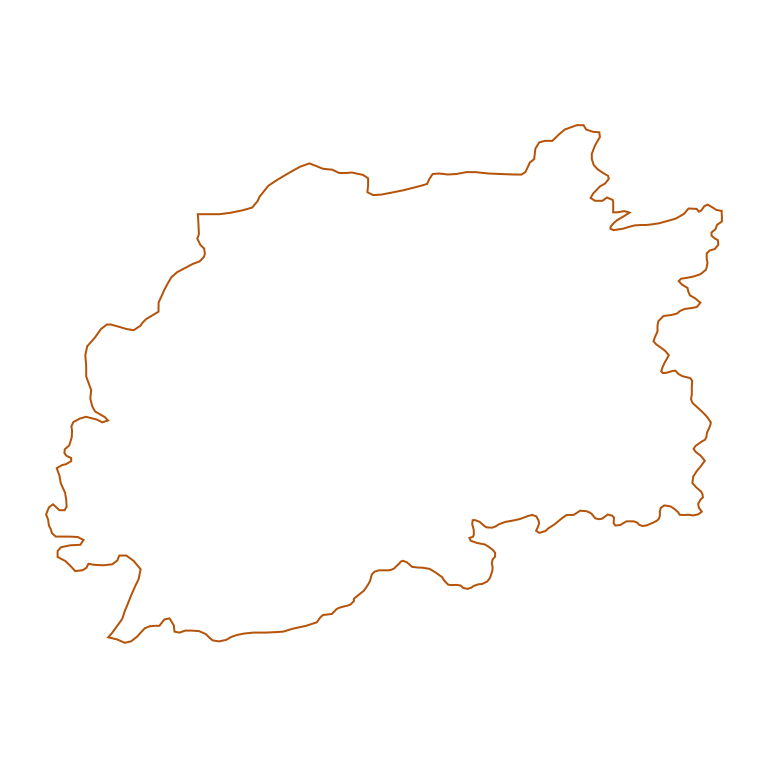 Pyetrykaw, Gomel, Belarus
{"feature_id": "67162791B78152292733501", "entity_name": "Pyetrykaw", "entity_type": "district", "adm_level": 2, "iso_a3": "BLR", "parent_name": "Belarus", "parent_adm1": "Gomel", "projection": "equal_earth", "projection_center": [28.643, 52.294], "detail": "fine", "context": "isolated", "style": "outline", "palette": "amber", "viewbox_px": 768, "rotation_deg": 0, "n_neighbors": 0, "source": "geoboundaries", "source_scale": "gbopen_adm2", "svg_char_len": 5734}
<svg xmlns="http://www.w3.org/2000/svg" viewBox="0 0 768 768"><path d="M331.8,614.0L333.0,612.7L336.6,609.1L338.9,607.9L342.8,606.7L347.4,605.7L350.5,604.5L353.9,601.1L353.9,598.7L360.1,593.7L363.7,590.9L366.0,587.7L368.1,584.5L370.1,580.9L370.9,577.7L371.9,574.3L374.5,571.7L378.9,570.3L383.0,570.3L388.7,570.3L391.5,569.7L394.4,568.3L396.4,566.1L399.0,563.8L400.8,561.6L402.9,560.8L406.7,562.2L409.6,564.6L412.2,566.9L417.8,567.5L422.5,567.7L429.7,568.9L435.9,572.7L442.3,577.3L444.1,580.5L448.2,584.7L451.3,585.1L456.5,584.9L460.6,585.5L463.2,587.9L467.3,588.9L471.2,587.7L473.8,585.9L478.4,584.3L482.3,583.9L487.2,581.5L490.0,577.9L491.0,574.7L492.3,571.1L492.6,566.9L491.8,563.4L492.6,559.4L495.1,556.6L495.1,552.8L493.1,550.2L489.2,547.2L485.0,544.5L477.1,543.0L470.7,540.7L469.4,538.0L473.0,536.7L473.8,534.7L473.8,530.5L473.2,527.7L472.2,524.2L472.7,520.1L475.1,520.1L479.7,521.9L484.0,525.7L486.3,527.3L492.1,527.7L495.4,526.5L498.9,524.3L505.0,522.0L513.7,520.4L520.0,519.0L523.8,517.6L528.4,515.9L532.2,514.9L536.3,516.4L538.6,520.5L539.1,523.7L537.5,527.8L536.1,530.8L539.3,532.9L545.5,531.0L548.2,528.4L554.6,524.3L558.7,520.9L562.8,517.6L566.6,515.0L573.7,514.9L580.1,510.7L586.4,511.2L589.9,512.6L591.9,514.1L594.0,516.8L595.3,518.3L598.6,519.2L602.1,518.7L604.9,516.6L607.7,514.5L612.3,515.7L614.0,517.7L613.6,523.3L615.4,525.5L620.4,525.0L622.9,523.4L626.5,521.3L630.1,521.3L634.1,521.4L637.4,522.8L639.2,524.8L642.5,526.0L646.6,525.4L650.4,523.8L653.7,522.4L657.3,520.4L659.0,518.5L659.9,515.7L659.8,511.6L660.8,507.8L664.4,505.4L670.5,506.4L674.4,508.9L678.1,512.2L679.7,514.8L683.4,515.0L688.6,514.8L692.9,515.4L696.4,514.7L698.2,514.4L701.8,511.7L698.9,507.7L698.1,504.0L700.5,499.6L702.9,497.4L702.5,494.3L701.3,491.8L696.1,487.2L692.4,483.1L693.2,476.6L696.8,471.0L700.0,467.3L704.8,460.8L700.8,455.8L695.6,451.8L693.6,448.9L695.5,445.9L698.7,443.7L701.8,441.5L704.9,439.8L706.4,437.2L706.6,435.0L706.9,433.1L707.5,431.5L709.0,428.4L710.3,425.2L710.8,422.3L709.2,420.0L706.7,416.4L701.9,411.5L697.5,407.5L692.6,403.1L691.0,399.1L691.8,394.5L691.8,386.7L692.2,380.8L690.2,378.1L682.5,376.2L678.5,374.0L675.3,370.6L672.5,371.0L666.4,372.8L662.8,373.1L661.2,371.3L662.8,366.6L664.8,362.3L666.8,358.9L668.8,355.2L665.2,350.9L660.7,347.5L656.3,344.4L653.5,341.3L655.1,336.7L657.5,331.4L657.5,325.8L658.3,321.2L663.5,316.0L671.5,315.0L677.1,313.5L679.9,311.0L684.8,308.9L692.0,308.0L696.8,307.0L700.4,302.7L695.2,298.4L689.9,295.3L688.3,291.6L687.5,287.9L681.9,284.5L678.7,281.1L681.1,278.7L687.1,277.8L693.5,276.5L699.9,274.4L702.3,272.8L705.9,269.7L706.7,267.3L707.5,262.7L706.7,259.0L706.7,253.4L709.9,250.4L714.7,249.1L718.3,244.8L717.9,240.2L714.7,238.4L711.5,235.6L711.5,232.5L715.5,229.1L717.1,224.8L721.9,221.5L721.9,216.5L721.6,210.8L721.2,210.9L716.3,209.9L711.7,206.9L707.6,204.6L704.3,206.2L701.4,210.3L698.9,211.7L696.6,208.9L688.5,208.5L684.1,213.8L676.0,218.5L668.6,220.7L663.2,222.1L659.1,223.3L650.1,224.6L645.7,225.0L640.9,225.0L634.7,225.4L628.5,227.0L623.4,228.6L617.0,229.6L613.6,230.1L610.5,228.8L610.5,226.8L613.9,222.9L617.2,220.1L623.9,216.2L629.5,212.6L624.4,211.1L617.6,212.3L613.2,212.3L613.2,208.5L613.2,202.3L612.6,199.9L606.9,197.5L602.5,200.8L595.0,200.8L590.6,197.9L593.1,193.6L600.0,186.4L605.0,183.6L608.8,178.8L608.1,175.9L603.1,173.0L597.5,169.2L593.7,164.9L591.8,159.1L591.8,153.9L594.9,145.7L596.2,143.3L599.9,137.1L599.3,132.3L593.0,131.8L586.1,129.5L583.6,125.2L576.7,125.2L564.8,129.5L559.2,134.2L552.3,140.9L544.8,140.9L539.2,142.4L535.4,148.6L534.8,153.4L534.2,159.1L529.8,162.5L527.9,166.8L525.4,172.1L521.6,174.5L513.5,174.5L500.3,174.0L488.4,173.5L475.2,172.1L466.5,172.1L456.4,174.0L447.7,174.5L439.5,173.5L432.6,174.0L429.5,178.8L427.0,184.0L420.1,186.0L412.6,187.9L403.2,190.3L391.2,192.7L381.2,194.6L373.1,195.1L367.4,192.2L368.1,185.5L368.1,178.3L363.0,174.9L351.8,172.5L346.1,173.0L339.2,173.0L332.3,169.7L323.0,168.8L315.9,165.9L309.3,163.4L309.2,163.5L299.9,166.8L288.8,173.0L277.6,179.6L268.3,185.8L259.6,196.7L257.7,200.9L252.2,207.6L242.2,210.4L230.4,212.8L219.3,214.2L208.1,214.2L197.8,214.2L198.1,217.5L198.5,225.5L198.9,234.1L197.3,238.7L200.5,245.1L204.1,248.5L204.9,253.7L204.0,256.8L199.6,261.4L192.8,263.9L185.2,267.9L177.1,272.2L171.5,277.1L167.8,283.3L164.2,290.1L161.8,295.6L158.6,302.4L158.5,311.7L151.3,316.0L146.1,319.1L142.4,322.8L140.4,325.8L133.6,330.2L126.5,329.0L118.7,326.7L110.9,324.5L106.9,324.5L101.0,329.0L95.1,337.3L87.2,346.3L85.3,355.4L86.2,365.9L86.2,376.5L91.2,390.1L90.3,398.5L92.3,406.5L95.1,411.5L104.8,417.1L108.0,420.5L102.3,422.3L96.7,419.5L85.9,416.8L79.8,418.6L73.4,422.0L71.4,426.4L72.1,431.0L71.7,437.5L69.3,445.3L64.8,449.3L64.4,453.0L66.4,455.8L71.2,458.0L71.2,461.1L66.0,464.2L62.0,465.1L56.7,468.2L59.5,475.7L60.7,483.1L65.1,492.8L66.3,500.6L66.6,506.8L64.6,510.2L59.4,510.2L55.8,506.8L53.0,504.3L48.9,507.4L46.1,514.5L48.1,519.5L48.9,525.4L50.8,529.3L52.0,533.2L55.8,536.6L63.4,536.6L69.6,536.6L77.8,537.0L83.5,540.0L80.3,544.8L70.2,545.3L60.8,547.3L57.6,551.2L57.6,557.0L65.2,560.9L70.8,566.3L75.2,571.1L82.7,570.2L86.5,567.7L88.4,563.8L94.1,564.8L103.5,565.3L112.3,564.3L117.4,560.4L119.3,555.5L126.2,555.5L133.7,560.9L140.6,569.2L138.7,578.9L135.6,585.3L131.1,595.5L128.0,603.3L124.8,611.1L122.2,618.9L119.1,623.3L111.5,633.7L108.2,637.3L117.1,639.4L124.7,642.8L131.0,641.4L137.3,636.5L139.8,633.6L144.9,628.2L149.9,626.2L155.6,625.8L159.4,625.8L164.4,619.4L169.5,618.4L173.8,625.3L174.5,631.6L179.5,632.6L185.2,630.6L191.5,630.6L199.0,631.1L205.9,634.1L209.7,638.0L212.8,640.4L219.1,641.4L226.1,639.9L231.1,637.0L236.8,635.0L243.7,633.6L253.2,632.6L265.1,632.6L275.8,632.1L283.4,631.6L292.8,628.7L306.1,625.8L316.8,622.3L320.6,617.0L323.1,615.0L331.8,614.0Z" fill="none" stroke="#b45309" stroke-width="2"/></svg>